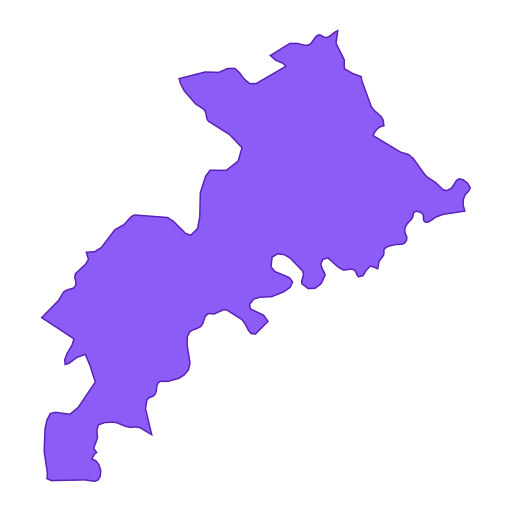 the Metropolitan department of Haute-Garonne
{"feature_id": "FRA-5298", "entity_name": "Haute-Garonne", "entity_type": "Metropolitan department", "adm_level": 1, "iso_a3": "FRA", "parent_name": "France", "parent_adm1": "", "projection": "albers", "projection_center": [1.234, 43.301], "detail": "fine", "context": "isolated", "style": "filled", "palette": "violet", "viewbox_px": 512, "rotation_deg": 0, "n_neighbors": 0, "source": "natural_earth", "source_scale": "10m", "svg_char_len": 3133}
<svg xmlns="http://www.w3.org/2000/svg" viewBox="0 0 512 512"><path d="M130.4,427.4L125.7,426.4L116.5,422.6L111.8,422.1L104.4,422.6L98.2,425.0L96.9,430.3L97.5,438.1L93.6,448.3L96.6,452.5L94.6,454.0L93.5,455.6L91.9,459.2L95.7,460.6L98.9,464.7L100.7,470.3L100.3,476.1L99.8,477.0L98.0,480.0L94.4,481.3L84.9,479.9L51.4,480.6L47.0,478.7L47.4,473.3L44.2,451.3L45.0,429.0L46.9,420.2L50.3,413.5L55.7,412.3L69.8,414.3L78.2,407.4L95.5,381.7L93.8,377.5L90.0,365.4L85.3,354.4L76.7,357.5L69.0,363.3L65.2,364.5L64.7,359.8L66.7,354.3L72.3,344.5L73.9,338.8L41.7,317.6L58.8,300.2L62.6,293.5L64.1,291.6L66.4,290.2L73.8,287.9L76.0,284.8L75.7,281.2L74.8,277.3L75.5,273.6L85.5,264.3L88.5,259.4L86.3,252.3L94.7,251.7L101.3,247.6L114.9,229.7L123.9,224.7L130.6,217.3L133.1,215.5L134.9,215.0L167.5,217.5L173.4,221.3L185.5,233.4L190.8,235.2L197.6,228.5L199.8,216.5L200.3,192.7L205.6,176.3L210.0,170.2L226.2,170.4L238.1,161.2L242.0,147.7L229.6,134.6L209.0,121.6L207.7,120.2L206.9,118.5L205.8,112.8L204.6,110.3L203.0,108.7L195.7,104.0L184.2,90.8L180.3,83.0L179.2,78.6L205.1,72.0L218.8,72.4L227.5,68.5L234.8,68.4L239.7,72.9L244.0,78.9L249.8,83.7L256.3,83.5L285.9,66.3L282.8,63.2L275.8,60.3L270.3,55.5L289.9,43.4L297.3,43.4L304.0,45.2L307.4,45.3L310.7,43.8L316.3,36.1L318.9,34.8L320.6,35.1L324.2,37.2L326.0,37.6L329.0,36.6L334.7,32.2L337.8,30.7L336.0,43.2L344.2,59.7L344.4,68.7L352.7,73.5L361.2,76.6L361.7,80.4L371.3,106.6L374.6,110.8L381.1,116.5L383.2,120.1L383.9,125.8L380.4,126.7L377.5,128.6L375.0,131.6L373.1,135.6L400.3,152.0L408.5,154.5L413.2,158.4L424.8,174.6L427.3,177.1L435.7,182.6L442.9,189.6L446.9,190.6L451.6,188.1L456.5,180.4L459.1,178.8L463.3,179.8L467.8,183.4L470.3,187.8L468.6,191.2L465.4,194.3L463.4,199.1L463.1,205.0L464.8,211.1L443.3,214.3L435.1,217.4L432.5,219.5L428.3,222.0L425.7,222.3L423.9,220.9L423.4,218.9L423.5,216.6L422.9,214.4L421.0,212.5L416.5,211.2L414.2,212.0L413.3,213.8L413.0,216.1L412.1,218.3L410.5,220.4L408.5,222.3L406.7,224.5L405.4,227.0L404.7,229.5L404.9,232.1L405.6,234.4L406.6,236.4L406.8,238.1L406.5,240.3L404.4,243.3L402.2,244.1L394.8,244.7L388.2,246.3L385.0,248.2L383.7,250.6L384.0,252.9L383.5,255.4L379.5,260.7L378.6,263.2L377.8,268.7L370.5,265.9L366.3,270.1L363.1,275.6L358.6,276.8L357.2,275.2L355.3,271.0L352.8,269.3L350.6,269.1L343.6,270.2L338.3,267.2L327.9,257.9L322.8,259.4L320.8,264.1L322.0,268.4L324.2,272.2L325.1,275.2L321.2,283.6L315.1,288.3L308.2,288.6L301.8,283.7L301.7,281.3L303.5,274.3L302.5,270.9L290.2,258.1L284.4,254.7L277.5,253.8L272.1,257.2L271.0,266.8L274.8,271.5L289.2,277.5L292.6,281.9L290.1,287.4L283.8,291.8L271.9,296.6L259.4,297.3L253.8,299.0L249.5,304.5L250.6,309.0L263.5,315.1L268.0,321.4L255.4,334.1L250.9,333.4L248.1,329.8L245.7,324.8L242.1,319.7L227.2,310.2L225.5,309.8L223.1,309.9L214.3,313.9L209.4,313.6L208.0,313.8L205.2,316.4L202.8,323.5L200.9,326.4L196.8,328.6L193.0,329.8L189.7,331.8L187.3,336.8L187.1,345.1L190.0,362.8L188.4,370.0L184.1,375.0L178.8,378.4L167.5,381.4L160.1,381.3L158.1,383.0L157.0,385.5L156.2,391.1L155.4,393.7L153.4,396.1L148.8,397.9L146.9,400.1L145.5,408.6L151.7,434.7L140.2,427.8L135.6,426.9L130.4,427.4Z" fill="#8b5cf6" stroke="#5b21b6" stroke-width="1.5"/></svg>